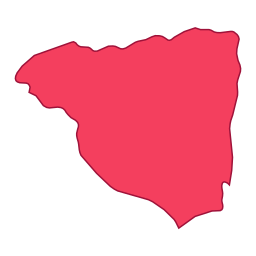 SVG path tracing the border of Gorj
{"feature_id": "ROU-123", "entity_name": "Gorj", "entity_type": "County", "adm_level": 1, "iso_a3": "ROU", "parent_name": "Romania", "parent_adm1": "", "projection": "orthographic", "projection_center": [23.299, 44.951], "detail": "fine", "context": "isolated", "style": "filled", "palette": "rose", "viewbox_px": 256, "rotation_deg": 0, "n_neighbors": 0, "source": "natural_earth", "source_scale": "10m", "svg_char_len": 1573}
<svg xmlns="http://www.w3.org/2000/svg" viewBox="0 0 256 256"><path d="M169.6,40.3L171.3,39.7L174.4,37.2L184.3,31.6L195.2,27.9L200.5,29.6L209.0,29.6L211.0,30.2L214.3,32.0L217.0,32.6L220.2,32.7L230.9,31.4L232.5,31.5L233.9,32.0L237.0,34.5L238.4,36.5L239.1,39.1L236.9,48.9L236.6,53.7L238.0,60.4L239.9,65.0L240.6,68.5L240.4,71.5L237.7,79.9L237.0,83.5L237.6,92.0L237.5,95.3L232.7,114.9L230.8,120.5L230.1,123.8L229.6,128.6L232.5,157.3L231.7,170.5L229.4,184.9L227.6,183.1L225.4,182.1L224.1,181.9L223.1,182.3L222.3,183.3L221.8,185.4L221.8,187.1L222.0,188.9L222.4,191.0L222.7,193.4L222.5,196.1L221.8,199.9L221.9,201.4L222.2,202.9L222.6,204.5L222.8,206.3L222.6,208.2L221.9,209.6L220.3,210.6L211.9,211.0L195.1,216.4L178.8,228.1L175.8,222.0L174.1,219.4L164.1,209.6L152.6,201.7L148.5,199.7L117.7,190.9L114.3,189.1L110.3,186.3L96.7,173.4L81.0,155.3L79.9,152.5L79.3,149.8L78.7,144.4L78.3,142.1L77.1,137.8L76.7,135.5L76.7,133.3L77.7,129.1L78.4,126.9L78.5,124.7L77.7,122.5L75.6,120.3L71.0,117.6L68.1,114.7L66.2,112.4L64.9,110.2L63.2,108.6L61.1,107.6L57.7,107.1L49.4,107.9L46.6,107.4L43.4,105.6L36.0,95.7L29.1,92.4L30.1,87.2L29.2,85.1L28.0,83.7L26.3,83.1L19.7,82.7L17.4,81.9L16.0,80.7L15.4,78.7L15.7,76.2L17.2,72.8L22.2,66.1L34.3,55.5L71.7,42.2L73.6,41.8L75.8,43.0L77.1,44.7L78.7,46.0L80.8,46.8L88.3,47.3L89.9,48.0L91.4,49.2L92.7,50.5L94.5,51.2L97.2,51.1L108.4,46.2L112.8,46.0L115.4,46.4L120.7,48.8L122.9,48.9L125.7,48.1L135.3,42.3L138.1,41.3L145.8,39.7L151.9,36.8L155.2,35.7L159.6,35.8L162.4,36.5L164.8,37.9L168.0,40.1L169.6,40.3Z" fill="#f43f5e" stroke="#9f1239" stroke-width="1.5"/></svg>